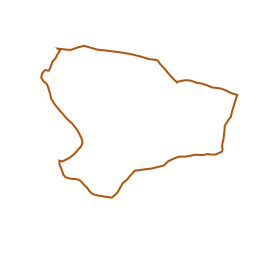 SVG path tracing the border of Mizdah, rotated 105°
{"feature_id": "LBY-2976", "entity_name": "Mizdah", "entity_type": "Municipality", "adm_level": 1, "iso_a3": "LBY", "parent_name": "Libya", "parent_adm1": "", "projection": "albers", "projection_center": [13.169, 30.372], "detail": "fine", "context": "isolated", "style": "outline", "palette": "amber", "viewbox_px": 256, "rotation_deg": 105, "n_neighbors": 0, "source": "natural_earth", "source_scale": "10m", "svg_char_len": 1505}
<svg xmlns="http://www.w3.org/2000/svg" viewBox="0 0 256 256"><g transform="rotate(105 128 128)"><path d="M108.1,33.8L114.1,32.9L117.8,32.8L122.2,32.2L123.7,31.2L126.3,31.0L128.3,33.3L131.0,36.7L132.2,41.3L132.5,44.2L134.8,48.7L136.4,56.1L139.1,61.4L141.1,66.0L142.5,71.3L144.9,74.7L149.6,80.5L152.3,82.1L154.7,83.6L155.4,84.4L161.1,94.9L165.1,104.7L167.5,110.4L173.8,113.7L177.9,115.4L182.6,118.8L192.1,121.2L195.5,122.8L195.7,123.0L199.4,125.6L200.4,133.1L201.0,139.4L201.0,145.1L199.0,149.0L196.2,152.0L195.7,153.0L194.4,155.6L191.9,159.2L190.7,161.9L190.9,165.7L191.7,169.2L191.9,173.2L191.6,175.8L189.9,178.3L186.5,180.5L181.0,184.6L177.3,185.8L177.4,183.0L175.1,180.2L171.4,176.3L166.8,173.0L161.1,170.3L158.5,168.8L155.0,168.1L151.3,169.2L146.4,173.3L144.1,175.4L141.4,178.7L138.0,183.2L135.9,187.5L133.8,191.1L131.1,194.8L128.6,198.7L124.5,204.4L120.0,209.5L115.1,212.1L111.3,214.5L108.8,216.0L106.2,218.3L104.8,221.7L101.7,224.9L97.3,225.0L93.5,223.1L93.1,219.2L90.4,218.7L86.9,218.4L83.8,218.1L78.5,215.8L76.4,215.5L70.9,213.8L69.5,216.4L68.2,207.4L67.2,203.2L63.4,197.7L60.0,191.8L60.2,177.8L58.6,167.2L57.0,155.6L55.9,144.5L55.7,134.3L56.0,125.5L55.0,119.1L55.4,116.3L57.6,113.9L61.2,108.3L67.1,99.8L71.3,92.4L70.5,92.1L68.4,88.1L66.7,84.0L66.0,79.6L66.5,73.3L66.0,68.3L66.3,62.4L67.1,57.4L66.5,53.7L65.8,48.4L66.6,42.1L67.6,37.1L67.7,31.1L79.5,31.6L85.8,31.8L90.4,31.5L94.2,33.1L97.7,34.1L100.8,35.1L102.5,34.8L104.5,34.3L108.1,33.8Z" fill="none" stroke="#b45309" stroke-width="2"/></g></svg>